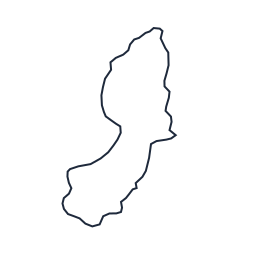 Alingsås, Västra Götaland, Sweden, rotated 194°
{"feature_id": "70781695B65957957058719", "entity_name": "Alingsås", "entity_type": "district", "adm_level": 2, "iso_a3": "SWE", "parent_name": "Sweden", "parent_adm1": "Västra Götaland", "projection": "mercator", "projection_center": [12.579, 57.995], "detail": "fine", "context": "isolated", "style": "outline", "palette": "slate", "viewbox_px": 256, "rotation_deg": 194, "n_neighbors": 0, "source": "geoboundaries", "source_scale": "gbopen_adm2", "svg_char_len": 1093}
<svg xmlns="http://www.w3.org/2000/svg" viewBox="0 0 256 256"><g transform="rotate(194 128 128)"><path d="M160.9,187.5L158.5,180.4L162.2,170.3L162.2,161.7L161.7,153.3L158.8,143.7L155.3,137.8L152.4,133.9L147.0,131.7L140.6,129.2L135.9,127.7L133.9,121.6L135.4,114.2L137.9,107.5L141.3,99.7L147.2,91.8L155.6,83.9L166.9,78.8L174.3,74.1L176.0,71.1L175.6,69.1L175.0,66.2L172.1,60.5L168.4,55.9L169.4,50.0L173.3,44.5L173.3,38.9L170.6,34.0L165.4,30.0L158.8,29.3L153.1,28.6L146.2,24.9L138.8,23.9L133.1,27.1L132.2,27.6L130.7,36.4L125.3,40.6L118.7,42.3L114.5,44.8L114.5,49.2L116.9,54.6L113.0,59.6L111.0,64.0L108.6,69.6L105.1,71.8L107.2,76.4L102.2,84.1L100.3,90.7L100.3,104.1L101.8,118.0L97.2,122.2L88.0,126.0L83.6,128.3L80.0,132.6L87.2,136.0L87.2,144.5L89.1,149.5L95.7,153.7L96.1,158.0L95.7,167.2L96.5,173.3L102.6,177.2L104.1,182.6L103.8,190.3L103.8,198.7L107.2,211.0L111.1,214.5L118.0,222.9L118.0,230.4L121.2,232.1L127.3,231.2L130.3,226.9L134.0,224.5L139.1,218.1L143.4,215.4L146.2,209.6L146.5,203.5L150.4,198.0L156.8,193.1L159.6,189.2L160.9,187.5Z" fill="none" stroke="#1e293b" stroke-width="2"/></g></svg>